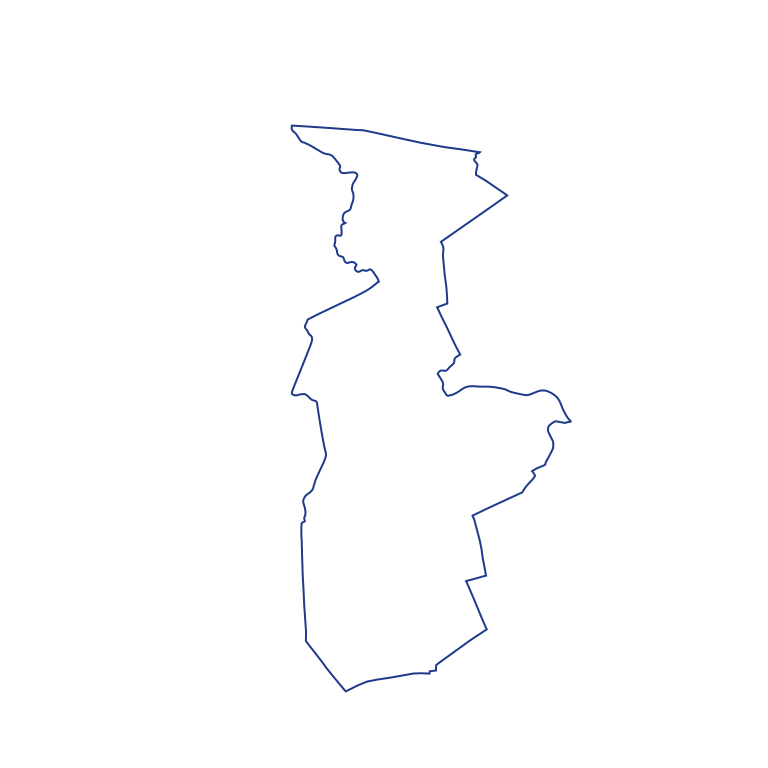 Kien Tuong, Long An, Vietnam, rotated 325°
{"feature_id": "81297802B15581259777878", "entity_name": "Kien Tuong", "entity_type": "district", "adm_level": 2, "iso_a3": "VNM", "parent_name": "Vietnam", "parent_adm1": "Long An", "projection": "mercator", "projection_center": [105.93, 10.802], "detail": "fine", "context": "isolated", "style": "outline", "palette": "blue", "viewbox_px": 768, "rotation_deg": 325, "n_neighbors": 0, "source": "geoboundaries", "source_scale": "gbopen_adm2", "svg_char_len": 6154}
<svg xmlns="http://www.w3.org/2000/svg" viewBox="0 0 768 768"><g transform="rotate(325 384 384)"><path d="M595.4,249.1L583.0,237.2L569.4,224.6L553.0,208.0L535.5,189.1L521.7,174.0L513.2,164.9L511.1,163.1L508.1,160.9L487.6,144.2L469.0,129.2L456.8,119.5L455.4,121.0L454.8,121.8L454.5,122.9L454.5,123.7L454.6,125.7L455.1,126.7L455.3,127.7L455.4,129.1L455.2,136.6L455.3,137.5L455.7,138.7L457.4,141.1L459.2,144.1L461.1,147.7L463.7,153.6L465.0,156.5L466.1,158.8L467.0,160.5L468.0,161.7L469.1,162.9L470.6,164.3L471.0,164.8L471.6,165.8L472.5,167.5L472.7,168.8L472.9,170.8L473.3,177.0L473.2,179.9L473.1,180.3L472.8,180.8L472.0,181.3L471.2,182.1L470.6,182.7L470.2,183.5L470.1,184.9L470.2,185.9L470.6,186.8L471.2,187.5L472.4,188.5L477.6,191.3L479.7,192.6L480.7,193.4L481.3,194.0L481.7,194.5L482.1,195.5L482.2,196.2L482.2,196.8L482.0,197.3L481.7,198.0L481.1,198.5L478.2,200.2L474.9,201.4L472.7,202.6L470.4,204.8L469.5,205.9L469.0,206.9L468.1,210.2L467.6,211.4L466.6,212.9L465.1,214.9L463.2,216.5L460.2,218.6L458.6,220.0L457.0,221.3L456.3,221.6L455.5,221.8L454.4,221.7L452.8,221.3L451.0,221.1L450.1,221.1L449.0,221.4L447.9,221.9L446.4,223.1L444.5,225.4L444.2,226.2L444.0,227.0L444.0,227.9L444.1,228.6L444.4,229.4L444.7,229.9L443.9,229.9L441.7,229.4L440.9,229.4L440.2,229.6L439.6,230.1L439.2,230.6L437.9,232.9L436.7,234.9L435.5,236.4L434.7,237.3L434.1,237.6L433.7,237.6L433.2,237.5L432.5,236.9L432.1,236.2L431.5,235.7L430.5,235.3L429.6,235.3L428.7,235.5L427.9,236.2L427.3,237.0L426.7,238.1L426.0,239.1L424.2,240.8L423.5,241.3L422.9,242.0L422.6,242.9L422.6,245.0L422.3,246.6L421.7,248.2L421.0,249.3L420.5,251.1L420.5,252.2L420.8,253.2L421.5,254.3L422.3,255.1L422.9,256.0L423.2,256.7L423.2,257.4L422.5,259.7L422.3,260.7L422.2,261.6L422.3,262.3L422.8,263.2L423.5,264.0L424.3,264.3L425.2,264.5L426.8,265.1L427.7,265.7L428.9,266.7L429.2,267.4L429.6,268.4L429.8,269.7L429.9,270.3L429.9,270.5L429.7,270.7L429.1,271.1L428.0,271.5L427.1,271.9L426.2,272.9L425.9,274.2L426.1,275.5L426.8,276.9L427.9,277.7L429.1,278.0L430.9,278.2L431.7,278.5L432.2,278.7L432.5,279.0L433.0,279.6L433.5,280.4L434.2,281.1L435.4,281.5L436.7,281.7L437.6,281.7L438.0,281.8L438.4,282.3L439.0,283.1L439.4,284.4L439.4,291.8L439.1,294.9L438.4,297.3L436.4,297.0L434.6,297.3L432.2,297.4L429.7,297.6L426.1,297.6L422.8,297.4L416.0,296.6L405.0,295.0L400.2,294.1L390.6,292.5L371.7,289.3L358.5,287.4L356.8,288.6L354.5,290.0L352.7,291.0L352.0,291.8L351.7,292.6L351.6,294.0L351.8,295.6L351.7,297.5L351.3,298.7L351.2,300.1L351.9,302.5L351.9,303.8L351.4,305.0L350.4,306.6L349.1,307.8L346.0,310.1L342.1,312.7L326.7,322.8L310.7,333.2L305.3,336.8L303.4,338.3L303.0,339.0L303.0,339.7L303.3,340.5L304.1,341.7L304.8,342.5L306.0,343.2L308.2,344.0L310.9,345.2L312.6,346.3L313.5,347.1L314.0,348.2L314.6,350.0L315.4,354.4L315.9,355.6L316.7,356.9L317.7,358.0L318.3,358.9L318.5,359.4L318.4,360.4L318.3,360.9L317.7,362.2L316.3,364.9L311.3,375.0L305.9,386.3L300.8,397.4L298.8,401.9L296.9,407.0L296.0,408.6L295.1,409.6L293.9,410.7L289.6,413.6L276.4,421.2L273.0,423.3L271.4,424.4L269.9,425.8L268.9,426.4L267.7,427.4L266.5,428.5L265.1,429.4L264.3,429.7L262.8,430.1L260.6,430.4L256.8,430.4L255.4,430.6L253.2,431.6L251.9,432.4L250.8,433.3L250.4,433.9L249.4,436.2L248.6,438.7L247.9,440.5L246.4,443.6L245.3,445.1L243.9,446.6L242.4,447.4L241.5,448.4L241.2,448.9L240.9,450.4L240.6,450.8L240.3,451.0L239.9,451.0L239.3,451.0L238.6,450.8L237.2,450.7L236.7,450.9L236.3,451.2L234.8,453.1L232.7,456.0L230.8,458.7L228.1,462.7L227.3,464.2L226.3,465.9L224.6,468.3L207.8,493.9L199.8,506.8L191.6,519.7L183.9,532.5L178.2,542.0L172.6,549.7L172.8,554.2L172.8,555.8L173.3,563.9L173.9,578.5L173.9,582.8L174.6,593.3L176.0,610.9L176.4,613.9L189.5,615.8L199.6,618.1L208.6,622.1L222.7,629.1L242.0,638.0L248.6,642.3L255.1,647.3L256.8,645.6L262.2,648.5L265.6,644.1L273.7,643.9L307.5,643.4L327.4,643.9L329.2,634.8L334.1,612.6L337.0,598.8L338.2,592.5L345.2,595.1L353.9,598.1L357.7,599.5L365.3,582.7L369.1,575.3L372.5,567.6L378.8,550.5L380.0,547.2L381.0,542.6L394.6,544.8L407.7,547.1L435.2,552.1L436.6,551.4L440.6,549.8L442.9,549.1L450.3,547.5L453.1,546.7L454.4,546.2L455.0,545.8L455.2,545.3L455.4,543.9L455.4,540.3L458.4,540.5L461.2,540.8L464.0,541.5L468.2,542.4L469.1,542.5L470.0,542.4L471.1,541.3L472.2,540.6L480.7,536.4L484.3,534.4L485.6,533.5L486.6,532.5L487.6,531.2L489.2,528.7L489.7,527.0L490.5,521.4L490.7,519.7L491.5,516.4L492.4,515.0L493.7,513.7L495.4,512.8L496.6,512.6L498.6,512.5L501.6,512.6L503.0,512.9L504.2,513.9L509.6,519.4L510.2,519.8L511.0,520.0L512.2,520.5L516.0,522.2L515.8,522.0L515.6,521.2L515.2,519.3L515.1,516.2L515.3,512.6L515.7,510.2L516.2,506.8L517.4,501.6L517.9,499.1L518.1,497.0L518.1,494.1L517.7,492.6L517.3,490.8L515.7,486.9L513.6,483.4L512.4,482.0L511.3,481.0L508.5,479.2L505.2,478.1L499.1,476.7L496.9,476.1L495.2,475.4L493.8,474.5L490.4,471.1L486.0,466.3L484.5,464.6L483.1,462.8L482.3,461.6L481.0,459.2L480.0,457.7L478.4,455.8L476.2,453.5L473.5,450.8L470.3,447.9L466.3,444.8L461.3,441.4L457.4,438.2L455.3,436.6L453.0,435.1L450.8,434.0L449.1,433.5L446.8,433.1L444.7,433.0L440.7,433.0L438.8,432.9L436.7,432.6L434.5,432.2L429.6,430.4L429.2,429.7L429.0,428.9L428.9,428.1L429.1,423.7L429.3,422.3L429.7,421.1L430.2,420.4L431.0,419.5L432.1,418.5L432.8,417.3L433.2,415.9L433.5,413.4L433.8,406.5L435.5,405.7L436.4,405.5L438.0,405.5L438.7,405.8L439.6,406.5L441.3,408.0L442.0,408.5L442.6,408.7L443.7,408.7L444.8,408.5L446.5,408.0L447.9,407.7L450.4,407.5L452.2,407.2L453.5,406.8L454.5,405.9L455.2,404.9L455.8,404.3L456.3,403.9L457.0,403.6L458.1,403.4L460.8,403.4L463.3,403.6L464.3,395.7L464.6,393.3L465.6,387.2L467.1,378.7L467.5,376.6L469.8,361.6L471.5,351.6L482.0,354.4L486.1,348.1L490.8,340.1L496.5,329.1L505.7,313.0L507.4,310.7L509.6,308.2L510.8,306.4L511.5,304.5L511.8,302.8L512.0,301.5L512.1,300.2L569.0,300.3L593.0,300.2L592.6,298.8L591.3,295.2L589.4,290.2L586.9,283.5L583.7,275.1L579.3,265.3L581.2,263.0L582.3,261.9L585.6,258.9L586.1,258.4L586.4,257.8L586.5,257.1L586.5,256.3L586.2,253.2L586.4,252.1L586.7,251.7L587.1,251.4L588.9,251.2L589.4,251.0L589.7,250.7L589.9,250.3L590.2,249.5L590.5,248.8L590.8,248.6L591.2,248.4L591.8,248.4L592.7,248.6L593.9,249.1L594.4,249.2L595.4,249.1Z" fill="none" stroke="#1e3a8a" stroke-width="2"/></g></svg>